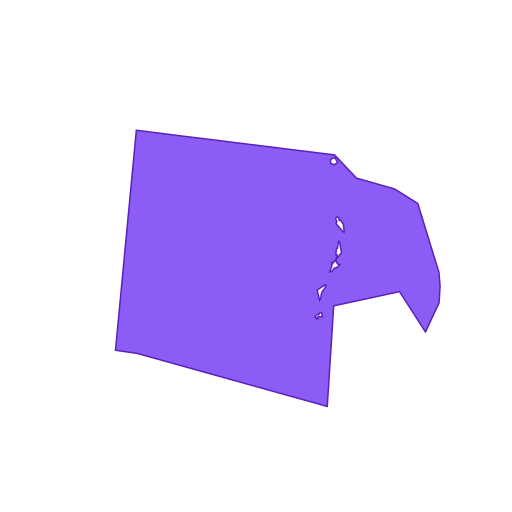 Zemam Out, Al Buhayrah, Egypt (orthographic projection), rotated 63°
{"feature_id": "37247803B42276960376835", "entity_name": "Zemam Out", "entity_type": "district", "adm_level": 2, "iso_a3": "EGY", "parent_name": "Egypt", "parent_adm1": "Al Buhayrah", "projection": "orthographic", "projection_center": [30.378, 30.239], "detail": "fine", "context": "isolated", "style": "filled", "palette": "violet", "viewbox_px": 512, "rotation_deg": 63, "n_neighbors": 0, "source": "geoboundaries", "source_scale": "gbopen_adm2", "svg_char_len": 1467}
<svg xmlns="http://www.w3.org/2000/svg" viewBox="0 0 512 512"><g transform="rotate(63 256 256)"><path d="M232.3,131.1L201.6,140.1L191.1,155.6L172.7,182.9L144.6,224.4L113.1,271.0L90.2,304.7L89.6,305.5L276.2,424.0L288.8,406.2L383.9,302.7L422.4,260.8L335.7,209.4L352.9,144.3L400.6,139.5L400.6,139.4L400.3,139.0L393.2,130.0L383.8,117.9L380.9,114.2L375.9,111.2L371.0,108.4L369.5,107.5L366.7,105.8L353.6,100.4L328.8,96.1L282.8,88.0L282.5,88.1L259.3,102.0L232.3,131.0L232.3,131.1ZM267.2,163.7L273.7,166.1L274.8,166.8L273.7,167.5L267.8,168.9L263.7,170.0L261.8,168.2L259.9,168.3L258.3,167.6L257.9,166.3L258.9,165.2L262.1,165.5L262.1,164.7L267.2,163.7ZM293.4,181.6L294.9,185.5L291.7,183.1L291.0,184.3L285.8,180.8L286.0,179.8L281.5,176.7L280.5,175.4L281.9,175.2L287.5,177.1L291.1,178.0L291.8,178.3L293.4,181.6ZM322.2,216.8L324.4,219.4L314.3,217.0L313.5,212.5L313.3,207.1L315.2,207.9L317.8,213.2L319.9,215.4L322.2,216.8ZM302.3,186.7L303.0,190.4L302.2,191.5L304.0,195.0L303.6,197.5L299.6,193.2L298.7,193.0L298.1,192.7L297.8,191.4L296.2,191.6L297.1,190.3L296.3,189.2L296.5,188.2L294.5,185.7L297.3,187.0L298.5,187.1L299.3,186.9L300.4,186.8L301.6,185.2L302.3,186.7ZM210.3,144.4L207.7,147.4L203.6,145.8L203.9,142.3L203.9,141.5L204.7,141.1L209.7,140.8L210.3,144.4ZM338.3,227.8L338.5,229.2L340.2,229.2L339.5,230.3L338.3,231.0L337.6,230.9L336.7,230.7L336.0,228.4L336.7,226.5L335.6,225.5L336.1,223.3L340.3,224.3L338.3,227.8Z" fill="#8b5cf6" stroke="#5b21b6" stroke-width="1.5"/></g></svg>